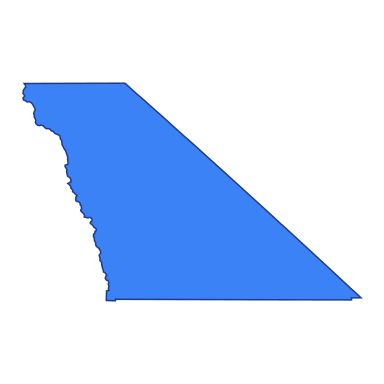 outline of Inyo, California, United States of America
{"feature_id": "52423323B89293656609241", "entity_name": "Inyo", "entity_type": "district", "adm_level": 2, "iso_a3": "USA", "parent_name": "United States of America", "parent_adm1": "California", "projection": "robinson", "projection_center": [-118.035, 36.626], "detail": "fine", "context": "isolated", "style": "filled", "palette": "blue", "viewbox_px": 384, "rotation_deg": 0, "n_neighbors": 0, "source": "geoboundaries", "source_scale": "gbopen_adm2", "svg_char_len": 2505}
<svg xmlns="http://www.w3.org/2000/svg" viewBox="0 0 384 384"><path d="M361.0,297.8L358.7,295.6L356.5,293.6L349.8,287.5L339.4,277.8L338.7,277.1L334.3,273.1L332.2,271.1L312.5,252.9L312.2,252.6L295.5,237.2L282.0,224.8L281.5,224.5L269.8,213.6L268.4,212.4L264.0,208.3L214.4,163.2L207.3,156.9L200.3,150.5L196.7,147.2L188.2,139.6L185.9,137.7L174.1,127.1L160.7,114.9L156.3,111.1L152.0,107.3L141.3,97.7L137.9,94.9L125.0,83.2L24.1,83.5L24.5,84.1L25.4,85.0L25.7,87.0L24.4,88.6L23.3,90.5L23.0,93.4L24.3,95.1L24.6,96.3L23.0,97.9L23.5,100.0L25.6,100.8L27.2,102.0L29.0,101.6L31.4,102.8L32.8,104.6L33.8,106.5L34.8,108.4L35.4,110.2L34.2,111.6L33.7,113.7L34.3,115.6L34.2,117.1L35.1,118.5L35.8,120.5L35.4,122.3L36.1,123.9L37.9,125.4L39.7,125.6L40.9,125.1L41.9,125.3L42.9,125.8L43.3,125.7L43.8,126.2L44.0,126.7L44.9,127.6L46.3,128.7L48.7,128.6L50.1,129.2L51.1,130.7L53.2,131.4L55.0,133.5L58.3,134.7L60.1,136.4L60.2,138.6L61.7,140.6L61.9,142.5L62.1,144.6L63.8,148.0L65.7,151.1L66.8,154.3L67.7,157.1L67.6,159.5L67.8,160.9L68.1,162.2L67.8,164.2L66.1,164.9L65.1,165.1L65.1,166.7L65.8,167.8L66.6,169.0L67.0,169.8L66.7,170.9L66.7,172.2L67.0,173.9L67.4,175.4L67.7,176.2L68.2,176.3L68.4,176.6L70.6,178.6L71.1,181.7L67.8,183.5L69.3,184.6L70.4,185.9L71.1,187.3L71.0,187.5L70.8,187.9L71.3,188.6L71.8,189.1L72.7,190.2L72.6,191.7L73.9,192.6L75.0,193.8L76.2,194.9L77.1,195.2L76.8,196.5L76.0,196.9L75.7,198.1L75.9,198.9L75.7,199.7L75.8,200.6L77.4,201.6L78.9,202.0L80.0,203.1L80.3,203.9L80.1,204.6L80.5,205.3L81.1,205.5L81.4,206.6L81.4,207.8L81.7,208.9L80.8,209.7L80.8,210.9L81.7,211.8L82.9,213.0L84.0,214.3L84.6,215.8L84.3,216.5L84.3,217.1L85.2,217.2L86.9,217.7L88.3,217.8L89.2,217.4L90.4,217.5L90.8,218.0L91.7,218.5L92.2,219.9L91.8,221.1L90.8,221.6L90.2,222.8L90.5,223.5L91.8,224.5L93.1,225.7L93.9,227.3L95.2,227.9L96.2,229.1L96.4,229.9L95.9,230.9L95.0,231.4L94.8,233.3L93.6,234.1L93.6,235.5L93.4,236.5L94.2,237.7L94.4,240.4L95.0,241.8L95.8,243.2L95.6,244.3L96.2,246.1L97.2,247.0L98.2,247.8L99.2,248.6L99.9,250.2L100.6,251.3L100.7,252.6L100.1,254.0L99.2,255.2L99.5,256.5L100.1,258.5L99.9,260.5L100.9,261.4L101.7,262.8L101.6,264.2L101.9,265.8L102.4,266.7L102.2,267.5L102.8,268.6L102.9,269.3L103.3,270.6L103.5,272.0L104.9,272.6L106.4,274.5L106.6,275.7L106.3,276.0L106.0,276.0L105.2,278.2L106.4,280.1L108.0,280.4L108.9,282.7L108.2,284.0L109.0,286.7L108.3,288.7L109.2,290.3L106.5,290.9L106.3,300.5L115.4,300.8L115.3,299.3L146.7,299.4L252.7,299.7L351.5,299.9L351.5,297.9L361.0,297.8Z" fill="#3b82f6" stroke="#1e3a8a" stroke-width="1.5"/></svg>